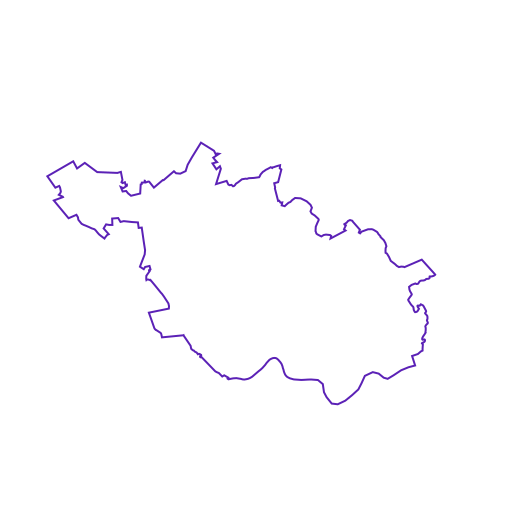 Deva, Hunedoara, Romania (Albers equal-area conic projection), rotated 149°
{"feature_id": "2599482B46544097516710", "entity_name": "Deva", "entity_type": "district", "adm_level": 2, "iso_a3": "ROU", "parent_name": "Romania", "parent_adm1": "Hunedoara", "projection": "albers", "projection_center": [22.901, 45.856], "detail": "fine", "context": "isolated", "style": "outline", "palette": "violet", "viewbox_px": 512, "rotation_deg": 149, "n_neighbors": 0, "source": "geoboundaries", "source_scale": "gbopen_adm2", "svg_char_len": 6045}
<svg xmlns="http://www.w3.org/2000/svg" viewBox="0 0 512 512"><g transform="rotate(149 256 256)"><path d="M196.8,323.1L197.1,323.6L197.6,324.5L200.6,324.6L203.4,324.8L205.1,324.6L206.7,324.6L209.3,323.8L210.4,323.4L210.9,322.9L212.7,321.9L217.6,324.0L222.1,326.4L224.0,326.8L225.0,327.6L228.5,329.0L233.4,328.4L236.0,328.3L237.4,327.6L238.9,327.3L239.8,327.6L240.4,329.6L242.2,330.3L242.9,331.5L242.5,335.5L253.2,338.2L241.2,348.9L240.7,351.5L245.3,350.7L245.6,357.8L241.0,356.5L241.4,358.4L241.5,358.3L242.0,362.3L235.0,362.6L236.5,363.9L238.1,364.2L237.8,367.8L244.8,381.5L260.1,373.6L267.6,369.4L272.6,365.0L278.5,365.6L281.9,368.1L282.7,370.9L296.2,368.6L296.8,369.1L308.3,367.2L309.3,374.7L310.0,375.3L312.9,375.9L313.2,376.2L312.5,377.7L312.6,377.8L313.6,376.4L316.1,377.7L317.0,376.5L318.0,376.7L323.1,369.2L332.1,372.0L333.4,375.6L333.8,378.6L337.1,380.0L336.4,384.8L334.8,382.5L330.5,382.7L329.9,383.7L331.1,384.2L330.4,386.8L332.8,387.2L333.3,388.5L331.3,390.0L328.5,397.7L332.0,398.6L348.9,409.7L354.8,424.0L364.3,423.2L363.9,431.3L393.8,431.8L392.8,417.9L388.6,417.4L388.7,415.7L390.0,411.9L390.9,411.0L392.0,410.5L393.5,410.0L391.1,406.3L391.1,405.9L400.7,407.7L397.2,384.9L388.7,383.8L388.7,380.8L389.5,378.9L389.6,378.3L388.9,373.4L387.6,371.3L386.4,369.8L384.3,366.9L382.5,364.2L380.9,362.4L380.6,361.9L380.2,360.4L379.8,357.6L379.4,355.4L378.4,352.7L376.9,349.0L376.5,349.2L376.0,349.5L372.7,350.7L371.0,350.5L372.4,358.1L368.2,360.3L365.8,358.2L363.1,356.6L360.0,362.2L354.6,359.5L354.6,355.0L351.4,354.0L344.4,348.7L343.2,347.9L339.9,345.6L342.1,340.5L339.3,339.2L344.7,326.4L348.1,318.1L350.6,314.7L361.0,306.6L359.0,302.5L356.7,303.7L352.4,302.3L353.3,299.0L354.4,299.1L355.0,298.9L355.2,298.6L355.2,298.0L355.0,297.8L360.2,295.5L361.2,294.0L362.1,292.5L362.3,291.9L361.8,292.0L361.1,291.7L360.1,291.0L359.3,289.9L358.8,289.0L358.7,289.1L357.8,283.3L356.4,273.3L356.1,272.2L355.8,268.7L355.5,260.5L356.4,257.8L357.8,255.8L377.0,262.6L380.3,246.5L380.3,245.6L380.0,244.4L379.9,244.4L377.4,239.3L377.3,238.4L377.6,237.3L378.5,234.7L359.0,225.4L358.9,225.4L359.0,225.0L358.3,212.7L359.1,210.6L359.3,209.5L358.6,207.6L358.0,207.0L357.7,205.5L357.2,204.8L356.6,203.8L356.4,201.7L355.6,201.7L354.9,201.2L354.0,199.5L354.2,199.0L355.5,198.9L355.9,198.4L355.5,197.6L354.8,197.6L350.3,178.1L349.5,176.7L348.1,174.8L347.0,170.1L344.7,170.1L342.4,166.0L343.5,165.5L343.1,164.5L340.8,163.7L338.6,162.9L335.7,161.4L333.6,159.6L332.4,158.6L331.0,157.1L329.6,156.1L327.8,155.4L326.0,154.8L323.8,154.5L321.5,154.5L319.1,154.9L313.1,155.9L310.7,156.2L308.2,156.7L304.3,157.9L302.0,158.9L300.0,159.5L297.9,160.1L296.1,160.1L294.2,159.8L292.8,159.2L291.6,158.3L291.0,157.4L290.6,156.3L290.3,155.3L290.1,154.0L289.8,152.4L289.7,150.3L290.1,147.9L290.7,146.0L291.0,144.4L291.6,142.6L291.9,140.9L292.1,139.3L291.9,137.6L291.5,136.2L290.6,134.7L289.8,133.5L288.9,132.6L288.1,131.7L287.1,130.7L285.4,129.5L283.1,127.9L281.0,126.4L277.4,124.5L275.3,123.4L273.1,122.2L272.0,121.5L266.8,117.8L264.7,111.8L267.9,104.2L268.2,98.6L267.1,90.5L262.3,86.8L254.0,86.0L245.5,87.2L237.0,88.9L231.2,92.5L224.4,97.2L215.7,96.3L211.4,92.0L209.2,85.9L206.4,82.9L199.5,82.9L190.4,83.3L182.6,82.1L176.0,80.2L173.7,89.9L167.7,88.6L163.8,89.3L163.0,89.2L162.4,89.2L162.0,89.1L161.8,89.3L161.2,90.4L159.9,92.3L158.6,94.1L158.5,94.3L158.4,94.6L158.4,94.8L158.7,95.3L158.8,95.6L158.6,95.8L158.1,95.9L157.7,95.8L156.8,95.7L155.9,95.7L155.3,96.0L154.8,96.3L154.7,96.5L154.5,96.9L154.4,97.3L154.5,97.6L154.7,97.8L155.4,98.1L156.1,98.3L156.3,98.4L156.4,98.7L156.4,99.1L156.0,99.7L155.6,100.1L154.2,101.0L150.9,102.5L150.2,102.9L150.3,103.1L149.7,103.8L148.7,105.1L147.6,106.9L147.3,107.9L147.2,108.3L147.0,108.5L146.5,108.9L145.0,109.5L143.8,109.7L143.5,109.9L143.3,110.0L143.1,110.3L143.0,110.5L142.7,112.7L142.4,113.1L141.5,113.7L140.8,114.8L140.3,115.7L140.2,116.1L140.1,116.3L140.1,117.0L140.2,117.6L140.5,119.2L140.6,119.6L140.5,119.9L140.3,120.1L139.2,120.5L138.7,120.9L138.5,121.4L138.2,126.4L138.3,127.6L139.6,129.7L141.3,129.1L141.7,129.5L143.0,130.2L143.4,130.0L143.6,128.8L143.5,126.8L146.0,125.5L146.7,125.4L147.9,125.6L148.6,126.0L148.7,126.9L148.5,128.7L147.8,130.2L147.5,131.0L147.5,131.7L147.7,132.5L147.9,133.3L148.1,134.3L148.2,135.8L148.2,136.8L148.3,139.3L148.1,140.1L147.6,140.4L145.7,141.3L143.4,142.2L142.4,142.7L142.2,143.0L142.1,143.7L142.1,146.4L141.8,148.1L140.7,150.7L137.5,151.1L133.6,150.4L133.4,150.0L133.2,149.8L133.0,149.6L132.8,149.3L131.9,148.9L131.6,148.8L131.3,148.8L131.0,148.9L130.8,149.0L130.6,149.1L129.7,149.6L128.9,149.9L128.6,150.0L128.2,150.0L127.7,150.0L127.1,149.8L126.6,149.6L126.2,149.4L125.7,149.1L125.4,148.9L125.1,148.8L124.6,148.6L124.3,148.6L123.9,148.4L123.1,148.4L122.2,148.6L121.8,148.6L120.0,147.7L119.3,147.6L119.0,147.6L118.8,147.7L118.5,147.8L118.3,148.1L117.9,148.8L117.7,149.0L117.0,148.6L116.5,148.3L116.1,148.1L115.3,147.8L114.7,147.7L114.3,147.6L114.1,147.5L113.4,147.5L113.2,147.5L112.5,147.7L112.1,147.6L111.5,148.0L111.3,148.1L112.0,148.1L115.8,167.5L134.5,170.0L135.1,170.8L136.9,172.1L139.2,172.9L140.4,175.1L140.9,177.1L143.0,182.4L142.5,186.6L142.5,189.0L142.5,190.6L143.3,192.0L142.3,193.8L140.8,196.0L139.2,197.2L138.4,200.5L138.3,203.7L139.5,208.1L139.2,208.7L139.8,212.0L139.7,213.2L139.9,214.4L141.6,217.6L142.1,218.4L142.9,219.3L146.2,221.2L153.0,222.5L155.1,221.8L155.8,223.1L153.4,225.0L155.3,235.4L155.3,236.6L156.9,238.4L159.1,238.6L161.1,237.9L163.9,237.8L163.9,237.0L163.2,236.0L166.8,233.6L166.1,231.7L183.1,232.6L181.2,234.5L181.8,235.9L185.0,238.3L187.1,239.1L189.9,239.1L192.3,243.0L192.7,244.2L192.3,245.5L192.2,246.6L189.7,250.3L186.6,252.6L183.9,254.4L183.5,254.9L183.4,255.7L184.8,260.5L186.4,263.7L186.3,266.2L183.2,268.6L182.9,271.8L184.4,276.8L188.0,282.4L192.6,285.6L196.2,285.3L198.7,284.6L200.7,284.9L204.1,284.3L205.7,283.9L207.9,286.2L205.9,288.4L207.5,289.1L207.7,291.5L208.7,291.8L205.0,304.2L204.3,304.9L202.9,309.0L199.0,307.9L189.7,317.1L190.5,318.9L188.6,321.4L191.8,322.3L195.5,323.1L196.1,323.4L196.8,323.1Z" fill="none" stroke="#5b21b6" stroke-width="2"/></g></svg>